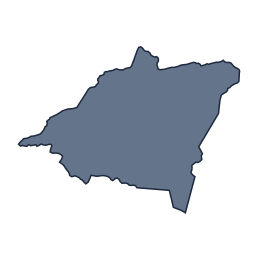 Érico Cardoso, Bahia, Brazil (orthographic projection), rotated 93°
{"feature_id": "56859067B69191863496369", "entity_name": "Érico Cardoso", "entity_type": "district", "adm_level": 2, "iso_a3": "BRA", "parent_name": "Brazil", "parent_adm1": "Bahia", "projection": "orthographic", "projection_center": [-42.081, -13.425], "detail": "fine", "context": "isolated", "style": "filled", "palette": "slate", "viewbox_px": 256, "rotation_deg": 93, "n_neighbors": 0, "source": "geoboundaries", "source_scale": "gbopen_adm2", "svg_char_len": 2919}
<svg xmlns="http://www.w3.org/2000/svg" viewBox="0 0 256 256"><g transform="rotate(93 128 128)"><path d="M75.6,19.7L72.7,19.7L67.5,19.7L65.4,19.5L63.8,20.2L62.8,21.9L61.8,24.2L60.6,25.9L59.4,27.0L57.7,28.6L57.1,30.9L57.5,33.0L57.0,34.6L55.4,36.5L56.7,38.2L57.2,39.8L57.7,41.6L57.7,43.4L58.6,46.1L59.3,48.9L60.2,50.4L59.7,52.3L60.6,54.0L61.5,56.0L62.1,58.4L60.6,59.4L59.6,61.1L60.0,62.7L59.2,64.2L59.0,65.9L59.5,67.4L60.1,69.2L60.8,71.0L61.5,73.0L61.9,75.8L62.3,78.0L63.0,79.5L63.9,81.5L65.0,84.9L65.1,87.4L65.8,89.9L66.5,92.1L67.3,94.1L67.8,96.9L68.1,99.5L67.2,101.3L65.6,101.5L63.8,102.3L61.8,102.4L59.8,101.2L57.7,101.2L56.0,102.0L55.2,103.3L55.8,105.4L55.0,107.1L53.9,108.9L52.1,109.9L50.4,112.1L50.6,114.3L49.6,115.9L47.7,117.4L46.3,119.5L46.9,121.5L49.7,122.7L59.3,125.6L63.3,126.9L65.7,127.6L67.4,128.8L68.7,133.7L70.1,135.7L70.4,138.7L70.1,140.7L69.5,142.4L70.1,144.3L71.3,146.1L71.7,148.1L72.1,149.8L72.8,151.4L72.9,153.1L73.6,154.5L75.7,154.9L76.8,156.6L77.2,158.7L79.4,159.8L80.7,160.8L82.2,160.7L83.4,159.8L84.9,160.2L86.5,161.8L88.1,162.6L88.8,164.1L89.2,165.7L89.5,167.4L90.5,168.8L91.7,169.8L94.7,171.4L100.8,174.8L102.8,176.0L110.1,180.1L110.9,182.0L111.5,184.1L111.9,186.7L112.2,189.1L113.3,191.8L114.5,194.7L116.2,196.8L117.3,198.5L118.5,200.1L119.6,202.4L120.6,204.0L121.7,206.3L123.3,206.9L124.3,208.1L125.6,209.5L127.8,208.9L129.8,209.2L131.0,210.8L133.2,211.6L134.9,212.3L136.4,213.6L138.3,215.0L139.3,216.9L140.0,218.9L140.9,221.5L141.4,224.7L142.9,226.7L143.5,228.3L143.7,229.8L144.2,231.8L145.8,233.0L147.3,234.6L149.9,236.5L151.7,234.5L151.0,232.3L151.4,230.2L151.6,228.0L149.7,226.1L150.8,224.3L150.0,221.3L149.7,218.9L151.0,218.0L149.9,215.6L148.5,213.8L149.2,212.2L149.5,210.3L149.4,208.7L148.9,207.2L148.3,205.7L148.5,203.8L150.2,203.1L151.9,203.9L153.9,204.3L156.0,204.5L157.1,201.9L156.9,199.6L156.7,197.9L157.3,195.2L158.4,193.1L159.8,191.9L161.8,192.3L163.9,193.4L165.7,194.6L166.9,192.7L168.3,190.6L169.7,189.4L171.2,188.5L173.3,186.8L174.9,185.2L176.7,184.3L178.4,183.7L179.6,181.9L179.3,180.3L178.5,178.8L178.9,177.3L179.6,175.3L180.4,173.9L181.7,172.7L182.4,170.9L184.2,169.3L186.0,167.2L184.2,165.0L182.3,164.2L180.8,163.6L177.2,162.4L177.5,159.4L177.8,157.7L177.7,155.6L177.1,152.7L176.8,149.9L177.2,146.8L178.0,144.5L179.1,143.2L180.5,142.2L181.3,140.5L180.0,138.8L178.8,137.8L178.7,136.0L179.7,134.4L182.2,132.8L183.5,131.1L183.2,128.7L183.2,127.0L183.7,125.3L184.9,124.2L185.2,122.5L185.0,120.7L184.8,119.1L185.4,117.3L187.2,116.0L188.1,83.5L191.6,82.4L204.9,78.5L207.4,70.6L209.7,66.3L173.1,58.6L171.5,61.0L169.3,62.8L166.2,62.0L164.0,62.0L161.8,62.2L160.3,60.4L158.9,58.9L158.6,56.3L157.7,54.5L155.6,52.6L153.8,53.1L151.7,53.3L149.7,52.3L143.1,56.4L108.8,38.4L101.9,38.0L95.3,37.6L92.5,37.0L90.2,36.5L89.1,35.1L87.9,33.5L86.8,31.7L85.0,30.5L83.3,30.5L82.5,28.7L80.3,26.7L79.0,24.8L78.0,23.0L77.3,21.2L75.6,19.7Z" fill="#64748b" stroke="#1e293b" stroke-width="1.5"/></g></svg>